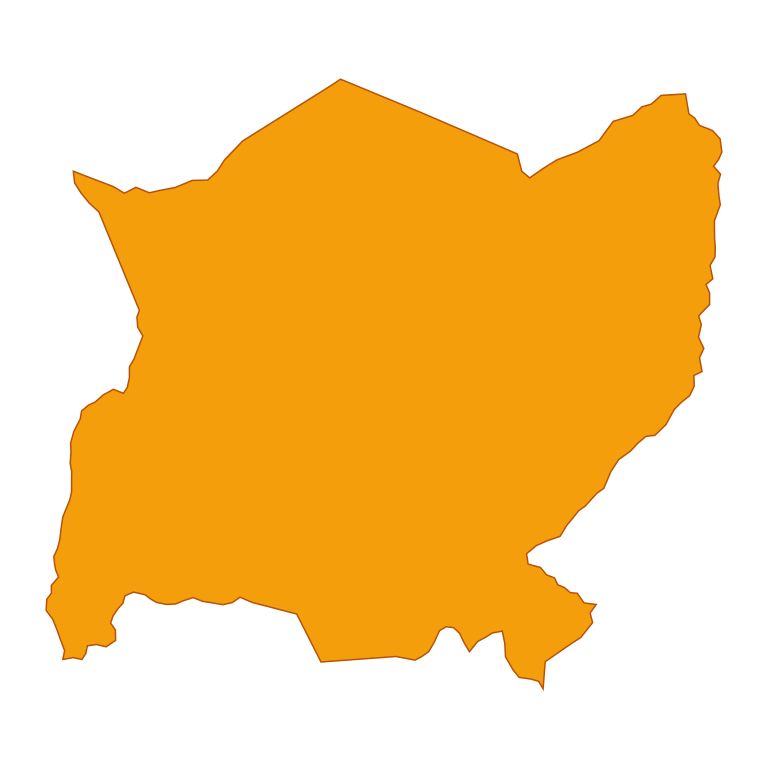 the district of Inhumas, Goiás, Brazil
{"feature_id": "56859067B39938003702048", "entity_name": "Inhumas", "entity_type": "district", "adm_level": 2, "iso_a3": "BRA", "parent_name": "Brazil", "parent_adm1": "Goiás", "projection": "orthographic", "projection_center": [-49.521, -16.312], "detail": "fine", "context": "isolated", "style": "filled", "palette": "amber", "viewbox_px": 768, "rotation_deg": 0, "n_neighbors": 0, "source": "geoboundaries", "source_scale": "gbopen_adm2", "svg_char_len": 2379}
<svg xmlns="http://www.w3.org/2000/svg" viewBox="0 0 768 768"><path d="M62.8,659.5L73.2,657.6L81.9,659.5L85.8,653.5L87.4,645.8L96.5,644.5L106.1,646.8L115.6,640.4L115.4,630.0L110.6,623.0L112.9,616.2L118.1,608.5L122.9,603.3L124.9,595.9L133.4,592.1L145.0,594.7L150.3,598.8L156.4,602.4L166.4,604.4L175.7,604.0L183.5,600.7L193.1,597.6L202.8,601.4L211.8,602.8L222.9,604.7L232.5,602.5L240.0,597.2L252.4,602.5L296.7,614.0L321.0,662.0L395.9,656.5L415.1,660.1L421.9,656.5L428.8,651.5L434.2,642.3L439.5,630.7L446.3,626.7L453.8,627.8L459.5,633.3L464.5,643.4L469.4,651.7L477.7,641.5L486.3,636.8L492.3,633.0L502.3,631.1L504.8,643.4L505.5,656.8L509.0,662.9L513.0,669.8L519.2,677.4L531.1,679.1L538.6,681.3L543.1,688.8L545.2,661.7L571.9,643.2L580.8,637.5L592.6,622.6L590.1,613.0L596.2,604.5L584.0,602.9L577.3,593.3L570.2,592.6L564.5,587.6L557.7,584.7L554.5,577.9L546.6,574.9L540.5,567.5L528.1,564.1L526.6,553.7L536.3,545.6L546.3,541.1L560.1,536.3L566.6,525.6L572.6,518.3L578.8,510.6L585.2,506.1L596.6,493.5L603.8,488.3L610.9,471.5L618.7,459.6L630.6,451.0L637.8,443.2L646.0,436.3L654.8,435.4L665.9,424.7L674.1,409.7L681.0,402.6L689.6,395.7L694.2,386.3L693.9,375.5L702.0,371.5L699.5,357.7L703.8,348.4L698.5,337.3L701.3,324.6L698.6,315.9L709.6,304.5L709.6,292.9L706.0,284.5L712.8,278.8L710.0,265.5L715.0,256.9L715.3,247.5L714.6,238.7L714.4,220.8L720.3,204.7L719.0,196.6L717.9,183.6L720.5,174.1L713.6,166.4L718.7,159.3L721.9,152.0L720.1,138.9L712.6,130.6L699.4,125.4L694.7,118.0L688.9,113.9L685.5,93.9L661.1,95.4L651.2,104.2L641.9,106.8L632.8,115.4L613.3,121.3L599.0,140.7L577.5,152.2L557.2,159.7L543.1,168.5L529.6,177.9L521.7,171.1L517.4,154.0L422.4,113.1L340.5,79.2L330.9,85.6L242.6,141.0L234.0,150.0L224.7,159.7L217.3,171.1L207.7,180.1L192.3,180.4L175.1,187.5L159.0,190.6L149.4,192.8L135.9,187.3L124.4,193.2L112.9,186.4L90.5,177.9L73.3,171.2L74.7,183.1L81.1,193.1L89.0,202.8L99.0,212.1L139.4,310.4L136.9,317.1L137.7,327.1L142.8,336.0L134.1,358.8L129.4,366.9L129.4,377.8L127.3,387.4L123.4,393.3L113.4,389.3L103.4,394.8L95.2,402.0L88.4,405.2L81.6,410.9L80.2,419.0L73.8,431.6L70.6,443.2L71.0,451.5L70.2,463.4L71.7,471.5L71.6,480.5L71.6,491.7L69.9,499.5L62.8,516.9L61.0,529.2L59.7,540.1L57.4,548.7L53.8,556.5L54.5,563.5L55.7,570.1L58.6,577.0L51.3,585.5L51.4,593.2L46.8,599.3L46.1,610.3L52.9,619.6L56.4,628.3L61.8,643.2L64.6,650.6L62.8,659.5Z" fill="#f59e0b" stroke="#b45309" stroke-width="1.5"/></svg>